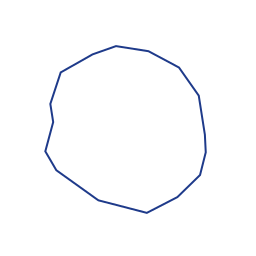 Isiro, Orientale, Democratic Republic of the Congo, rotated 299°
{"feature_id": "63176286B55213243416233", "entity_name": "Isiro", "entity_type": "district", "adm_level": 2, "iso_a3": "COD", "parent_name": "Democratic Republic of the Congo", "parent_adm1": "Orientale", "projection": "robinson", "projection_center": [27.634, 2.767], "detail": "fine", "context": "isolated", "style": "outline", "palette": "blue", "viewbox_px": 256, "rotation_deg": 299, "n_neighbors": 0, "source": "geoboundaries", "source_scale": "gbopen_adm2", "svg_char_len": 367}
<svg xmlns="http://www.w3.org/2000/svg" viewBox="0 0 256 256"><g transform="rotate(299 128 128)"><path d="M50.4,137.2L62.9,185.6L91.5,204.7L121.8,213.8L144.4,207.8L159.4,198.5L190.6,174.2L205.6,143.3L205.1,108.7L193.8,77.8L175.2,61.3L144.0,42.2L111.4,48.4L96.9,59.7L67.5,67.0L56.3,85.8L50.6,135.1L50.4,137.2Z" fill="none" stroke="#1e3a8a" stroke-width="2"/></g></svg>